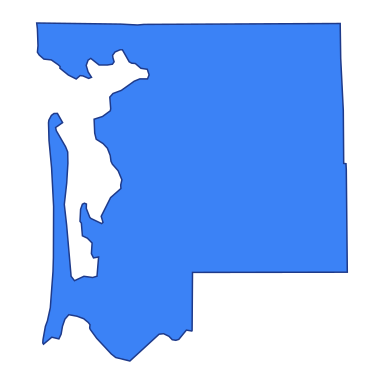 outline of Pacific, Washington, United States of America
{"feature_id": "52423323B94422507286019", "entity_name": "Pacific", "entity_type": "district", "adm_level": 2, "iso_a3": "USA", "parent_name": "United States of America", "parent_adm1": "Washington", "projection": "albers", "projection_center": [-123.933, 46.517], "detail": "fine", "context": "isolated", "style": "filled", "palette": "blue", "viewbox_px": 384, "rotation_deg": 0, "n_neighbors": 0, "source": "geoboundaries", "source_scale": "gbopen_adm2", "svg_char_len": 1717}
<svg xmlns="http://www.w3.org/2000/svg" viewBox="0 0 384 384"><path d="M36.7,23.0L37.4,28.9L38.0,45.8L37.4,52.2L39.2,55.0L43.9,59.1L51.3,59.9L58.3,64.8L60.1,66.5L59.9,68.2L68.3,75.0L76.2,79.0L80.1,75.6L82.9,75.9L88.7,78.4L91.5,77.3L88.1,71.9L86.2,65.4L88.1,60.1L90.8,58.4L99.1,65.0L107.3,65.0L112.4,64.2L114.1,61.8L112.9,57.7L112.6,55.3L115.0,52.0L120.0,49.8L122.4,49.8L129.2,61.8L131.7,63.2L135.3,63.5L140.9,68.3L147.3,69.3L149.1,74.9L147.5,78.9L139.8,78.9L134.2,81.2L121.3,90.4L113.0,93.5L109.8,97.1L110.7,108.7L110.3,110.8L102.5,116.5L94.1,119.2L94.7,133.1L96.2,139.2L103.1,143.6L107.4,148.2L110.2,155.4L111.0,161.3L112.4,164.2L118.1,170.7L121.9,179.8L120.7,185.0L120.9,188.5L110.6,197.6L101.2,216.3L103.0,222.4L101.7,223.6L91.0,218.5L89.8,217.4L86.3,208.5L86.4,204.0L84.4,203.2L82.4,204.2L80.6,209.3L80.0,221.3L81.4,223.2L81.5,224.9L82.4,235.8L87.4,238.2L92.1,243.0L91.4,253.7L93.5,257.9L98.6,257.0L97.0,276.2L92.7,277.5L83.9,276.3L74.5,280.7L71.1,276.3L66.6,224.9L64.3,204.5L66.7,183.1L67.9,163.3L67.7,152.0L65.6,146.8L56.3,130.7L55.6,127.5L62.6,122.6L57.4,113.4L54.0,113.5L51.4,115.4L48.9,120.1L48.5,122.7L49.0,140.5L51.6,168.1L53.6,206.4L53.4,257.6L53.0,271.5L50.3,307.8L47.4,320.9L45.4,326.3L43.0,339.6L42.8,343.0L43.5,344.2L51.8,337.2L58.9,338.9L61.1,334.2L62.5,326.2L64.9,319.2L68.8,314.7L76.9,316.2L83.7,318.7L88.2,322.4L90.0,324.7L89.7,328.0L90.3,329.5L96.7,338.3L111.3,354.0L115.7,357.5L129.9,361.0L159.1,334.2L163.6,333.7L169.0,336.3L172.2,339.7L175.8,340.3L178.8,339.4L186.4,330.1L191.8,331.0L192.1,330.4L192.5,272.4L347.3,272.2L346.3,169.7L346.0,163.7L343.7,163.4L343.3,110.5L340.7,58.4L340.2,23.5L144.0,24.4L137.6,25.0L120.7,24.1L36.7,23.0Z" fill="#3b82f6" stroke="#1e3a8a" stroke-width="1.5"/></svg>